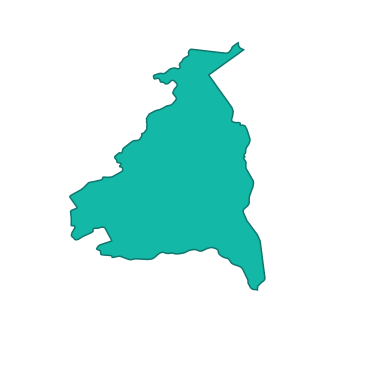 the Province of Mashonaland Central, rotated 55°
{"feature_id": "ZWE-524", "entity_name": "Mashonaland Central", "entity_type": "Province", "adm_level": 1, "iso_a3": "ZWE", "parent_name": "Zimbabwe", "parent_adm1": "", "projection": "equal_earth", "projection_center": [30.9, -16.688], "detail": "fine", "context": "isolated", "style": "filled", "palette": "teal", "viewbox_px": 384, "rotation_deg": 55, "n_neighbors": 0, "source": "natural_earth", "source_scale": "10m", "svg_char_len": 5372}
<svg xmlns="http://www.w3.org/2000/svg" viewBox="0 0 384 384"><g transform="rotate(55 192 192)"><path d="M96.3,68.5L99.1,70.1L101.7,70.0L105.1,68.1L105.3,77.7L105.4,88.9L105.6,103.0L105.7,111.2L115.6,111.1L121.9,111.1L136.2,110.9L145.6,110.9L149.5,111.9L153.0,115.1L154.5,117.1L155.8,118.4L157.2,118.7L159.2,117.5L160.2,116.4L161.8,114.0L163.1,113.1L163.9,113.4L164.5,114.1L165.2,114.1L165.9,112.5L168.1,110.7L172.0,111.1L180.9,113.8L182.6,114.6L184.0,116.0L185.3,118.0L186.9,122.0L188.0,123.6L189.7,124.9L190.6,125.7L191.0,126.7L191.2,127.8L191.8,128.6L192.1,128.7L192.8,128.5L193.2,128.4L193.6,128.7L193.5,129.3L193.4,129.9L193.6,130.2L195.3,130.5L197.2,130.5L198.9,130.8L200.3,132.1L203.6,134.2L218.3,135.5L220.4,136.8L222.8,139.3L228.1,146.9L229.8,148.7L233.5,151.2L234.5,152.4L235.3,154.5L235.7,159.0L236.5,160.7L237.9,161.6L247.0,163.5L264.3,163.0L271.2,164.3L280.2,169.0L294.1,176.3L304.5,181.7L305.5,182.9L305.9,184.6L306.0,187.3L306.8,192.0L309.2,194.3L309.7,194.6L309.3,194.8L307.0,197.7L305.5,198.6L303.9,198.9L298.9,198.3L298.1,197.9L296.6,196.9L295.8,196.6L284.0,194.7L281.8,195.0L279.6,196.1L275.4,199.3L273.1,200.4L271.9,200.5L268.3,200.4L267.3,200.6L266.6,201.1L265.1,202.4L263.5,203.6L261.5,204.6L259.4,205.2L257.5,205.3L256.7,205.1L255.3,204.3L254.5,204.1L253.2,204.4L251.8,205.1L249.3,207.1L248.4,208.4L247.6,210.1L247.0,212.0L246.0,217.6L245.5,218.7L244.7,219.7L241.9,221.5L240.6,222.9L239.5,224.7L238.6,226.8L238.0,228.9L237.5,232.8L237.1,233.9L235.1,238.2L233.9,240.1L232.5,241.7L230.8,243.0L230.4,243.5L229.9,244.3L229.1,246.1L228.6,246.9L227.6,248.1L225.4,249.8L224.4,250.8L223.7,252.5L223.5,254.6L223.7,256.8L224.0,258.7L224.1,261.9L223.2,264.6L221.8,267.0L214.4,276.5L212.9,279.5L212.7,280.5L211.1,282.4L203.2,287.9L202.8,288.6L201.8,290.6L200.9,292.9L200.4,294.0L199.8,294.9L199.3,294.7L198.7,294.4L198.2,294.4L197.3,295.2L192.6,300.9L191.7,301.9L190.7,302.4L187.7,300.8L186.7,301.3L184.8,302.6L184.0,302.8L183.4,301.9L182.9,300.8L182.6,299.5L182.5,298.3L182.7,297.1L185.7,287.1L185.8,286.4L185.8,285.7L185.0,285.5L171.3,283.9L170.1,284.7L169.0,286.2L167.6,290.0L165.7,292.7L165.6,293.3L166.1,294.8L166.7,295.3L167.3,295.4L167.5,296.4L167.6,297.3L165.8,307.1L165.6,312.2L164.9,314.0L164.3,314.8L163.7,315.2L163.2,315.3L161.6,315.3L160.7,315.7L159.7,315.9L158.8,315.8L158.4,315.7L157.9,315.3L156.5,313.6L154.1,308.4L152.5,307.7L151.9,308.1L151.4,308.7L151.0,309.5L150.4,310.1L149.9,310.0L149.3,309.7L148.1,308.6L144.0,305.8L139.2,303.2L138.3,302.6L138.0,301.8L138.0,300.7L138.2,299.9L138.8,297.6L139.1,295.6L139.0,295.1L138.5,294.9L126.2,295.0L125.9,294.8L125.4,294.3L125.4,291.5L126.5,281.7L126.4,280.1L126.3,278.2L125.1,271.6L125.3,270.8L125.5,270.1L126.7,267.6L130.0,259.5L130.1,258.9L130.1,258.3L129.7,257.7L129.3,257.3L129.0,256.8L128.9,256.3L129.2,255.7L129.5,255.2L129.9,254.9L131.2,253.2L132.3,251.6L133.4,249.6L133.6,249.1L133.9,247.9L134.9,238.2L134.9,237.5L134.8,236.8L134.3,236.2L133.9,235.9L132.8,235.4L132.3,235.3L131.8,235.3L131.4,235.4L130.9,235.7L130.2,236.4L129.8,236.7L129.5,236.6L129.1,236.2L129.0,235.1L128.7,234.3L128.2,233.9L127.8,233.9L127.3,234.2L126.1,235.1L125.1,236.1L124.7,236.3L124.2,236.2L123.8,236.0L123.5,235.7L123.0,235.5L122.5,235.4L120.3,235.7L119.8,235.7L119.3,235.5L118.9,235.2L118.7,234.7L118.3,232.3L118.2,229.2L118.3,228.8L118.6,228.5L118.9,228.3L119.3,228.0L119.5,227.6L119.6,227.0L119.3,226.4L119.0,226.0L117.6,224.5L117.3,224.0L117.0,223.5L116.8,222.6L116.3,212.3L116.4,211.5L116.5,210.8L116.7,210.2L116.9,209.7L118.3,207.4L118.7,206.2L118.8,205.6L118.8,204.7L118.5,203.7L117.9,202.2L117.5,201.4L117.1,200.9L116.6,200.6L116.2,200.3L115.8,200.0L115.4,199.6L115.6,199.0L115.8,198.4L115.9,197.7L115.9,196.9L114.6,193.0L114.3,192.7L114.1,192.5L113.4,192.1L110.6,189.9L110.1,189.6L109.1,189.4L108.7,189.2L107.9,188.5L107.5,188.1L106.1,187.4L105.7,187.1L105.4,186.5L104.7,184.8L103.9,183.1L103.7,182.3L103.7,181.3L104.3,176.3L105.0,173.6L105.2,173.0L105.8,172.0L106.1,170.8L106.7,167.1L106.9,164.1L107.0,163.7L107.3,162.7L108.5,160.0L108.6,159.4L108.7,158.4L108.5,157.0L107.9,154.4L107.5,153.0L106.8,151.4L106.2,151.0L105.6,150.8L100.6,151.1L100.1,151.0L99.8,150.8L99.5,150.5L98.0,148.2L97.6,147.5L96.9,144.4L96.5,143.4L96.1,142.8L95.6,142.6L94.4,142.4L93.8,142.4L90.7,142.9L89.8,143.4L89.4,143.7L89.2,144.2L89.0,144.8L88.9,145.4L89.0,146.1L89.4,148.5L89.4,149.2L89.3,149.8L89.1,150.4L88.9,150.8L88.5,151.3L88.2,151.6L87.8,151.9L85.8,152.4L85.4,152.7L85.1,153.1L84.5,154.0L84.2,154.4L83.8,154.6L83.4,154.6L81.4,154.0L80.9,154.0L80.4,154.1L79.5,154.5L79.2,154.9L78.9,155.3L78.7,155.9L78.3,157.1L78.1,157.6L77.7,157.9L77.3,158.0L76.8,157.9L75.8,157.5L75.3,157.3L74.9,157.0L74.7,156.3L74.8,155.1L76.3,150.6L76.9,149.5L77.3,149.0L78.4,148.0L78.7,147.5L79.0,146.8L79.1,145.9L79.1,144.3L78.7,140.4L78.7,139.7L78.8,138.8L79.1,137.8L80.2,135.5L80.6,134.9L82.9,133.0L83.2,132.5L83.3,131.8L83.3,130.7L83.0,130.0L82.7,129.6L82.2,129.6L81.7,129.6L81.2,129.7L80.8,129.5L80.4,129.2L80.1,128.9L79.6,127.9L79.5,127.3L79.4,126.6L79.5,126.0L79.4,125.5L79.3,125.2L78.7,124.5L78.5,124.0L78.2,123.5L78.1,123.0L77.9,121.7L77.9,120.7L78.3,117.6L78.2,116.6L77.9,116.0L76.0,115.1L75.6,114.8L75.0,114.0L74.7,113.5L74.5,113.0L74.4,112.3L74.3,111.7L74.4,111.3L74.5,111.0L74.8,110.5L97.7,84.7L98.4,83.3L98.7,81.6L98.0,79.0L97.6,77.8L96.5,76.2L96.2,74.5L96.1,69.8L96.3,68.5Z" fill="#14b8a6" stroke="#0f766e" stroke-width="1.5"/></g></svg>